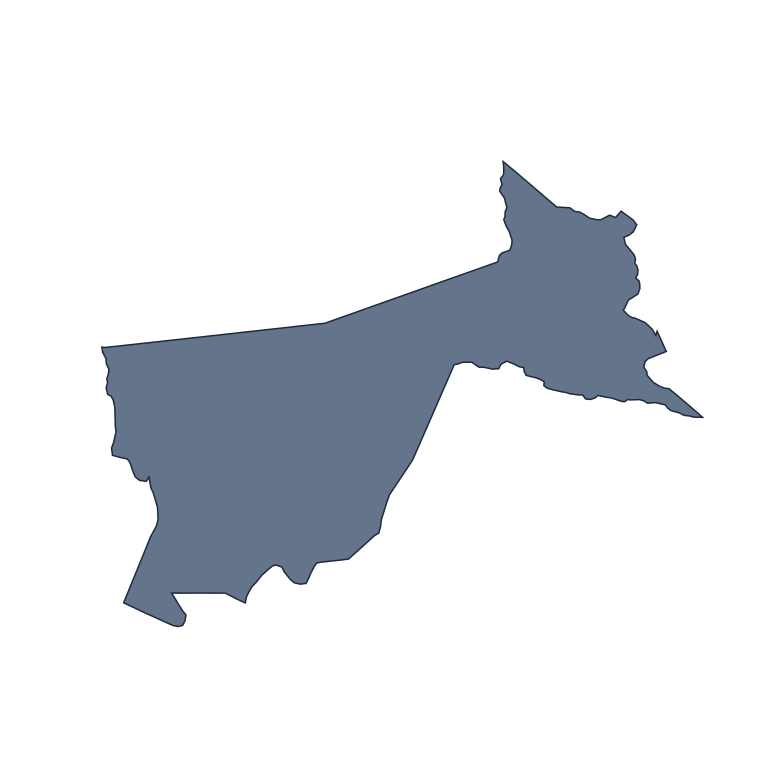 outline of Pedra, Pernambuco, Brazil, rotated 77°
{"feature_id": "56859067B75166120123114", "entity_name": "Pedra", "entity_type": "district", "adm_level": 2, "iso_a3": "BRA", "parent_name": "Brazil", "parent_adm1": "Pernambuco", "projection": "mercator", "projection_center": [-36.895, -8.673], "detail": "fine", "context": "isolated", "style": "filled", "palette": "slate", "viewbox_px": 768, "rotation_deg": 77, "n_neighbors": 0, "source": "geoboundaries", "source_scale": "gbopen_adm2", "svg_char_len": 2911}
<svg xmlns="http://www.w3.org/2000/svg" viewBox="0 0 768 768"><g transform="rotate(77 384 384)"><path d="M425.4,637.5L421.8,634.0L432.9,634.5L437.5,633.4L443.3,633.0L447.9,632.7L453.2,632.5L460.2,633.6L465.6,634.8L471.4,637.9L480.9,646.3L487.9,651.1L538.6,686.9L552.7,669.1L571.7,644.2L574.0,639.2L574.0,634.5L570.0,631.2L564.5,628.9L560.8,630.8L553.6,633.4L540.0,637.9L543.8,621.3L546.2,610.8L552.1,585.6L560.7,575.5L566.1,568.4L560.4,565.8L556.9,563.0L551.9,558.4L548.6,553.3L545.5,549.4L542.7,545.8L538.7,538.6L536.1,533.4L536.2,529.8L539.4,524.7L544.6,523.5L553.6,519.1L557.4,516.3L560.2,510.7L560.8,504.8L555.8,500.7L551.9,497.9L545.4,492.3L543.3,489.5L543.5,485.0L546.0,464.1L546.6,457.9L544.3,453.8L529.6,427.3L528.1,422.6L521.8,419.3L515.4,417.0L509.5,413.5L499.6,407.7L493.1,403.5L487.8,397.9L464.5,373.2L429.5,347.2L380.9,311.2L381.2,307.7L380.5,303.0L381.3,299.1L382.6,293.5L388.9,287.8L390.1,283.1L394.0,274.7L394.9,268.7L391.1,265.7L389.4,259.1L393.7,253.0L397.5,248.5L399.5,244.2L403.4,244.6L407.5,243.6L409.3,240.3L411.5,235.7L414.9,230.4L418.0,227.4L421.5,228.6L424.8,226.0L428.0,220.0L431.4,213.0L433.1,208.8L435.4,204.9L436.8,201.2L438.3,197.3L439.4,192.9L444.0,190.9L445.5,186.2L445.1,181.6L443.3,178.2L445.1,174.3L447.5,168.9L448.8,165.4L451.5,161.1L454.3,156.7L455.4,153.4L454.0,150.2L455.1,146.8L455.8,143.0L456.7,138.5L458.9,134.5L462.0,131.6L463.2,123.7L467.6,114.6L471.4,112.9L474.4,110.5L478.5,102.9L482.2,98.4L483.8,93.6L485.9,89.8L487.1,85.3L488.1,81.1L476.3,89.6L466.7,96.7L452.7,107.3L451.0,111.9L447.7,116.5L442.9,121.3L434.8,125.6L431.1,125.2L425.9,127.1L420.8,124.4L418.7,120.7L415.8,101.6L394.0,106.0L397.8,108.2L391.4,110.1L385.8,113.7L382.6,116.1L380.4,119.1L376.6,124.2L374.8,127.6L372.5,130.3L366.1,134.2L361.9,130.6L357.3,127.1L353.4,116.3L348.8,113.3L344.7,112.4L341.2,112.2L337.3,114.9L334.4,112.3L330.3,110.9L325.7,111.1L322.6,112.5L319.5,110.9L314.5,111.2L308.1,114.3L302.3,117.3L295.1,117.3L294.0,111.6L291.8,106.8L285.7,101.9L280.2,104.4L268.9,114.1L271.3,117.4L273.9,121.0L270.2,126.2L271.1,129.5L272.8,136.2L271.7,139.8L268.6,146.5L264.3,150.4L260.3,154.9L259.0,159.0L254.1,163.3L251.6,171.9L250.3,176.0L209.7,206.0L194.0,217.9L198.6,218.4L203.5,219.4L207.1,220.5L210.1,224.3L216.2,224.2L218.9,226.6L222.2,227.9L226.3,226.3L230.3,224.7L234.8,224.8L239.6,224.5L243.6,227.3L248.0,228.4L250.8,230.3L255.2,229.8L259.5,229.0L263.3,227.7L268.9,227.3L272.5,226.9L276.3,227.9L281.8,231.1L282.4,235.1L282.8,239.4L284.8,242.7L290.7,245.9L292.0,257.7L297.6,306.9L311.5,427.8L296.8,553.4L285.7,647.2L284.6,650.6L289.9,651.0L296.8,649.2L301.9,650.0L307.6,648.7L312.9,650.6L316.7,653.0L320.6,653.0L325.2,655.6L332.0,655.6L334.4,652.7L338.6,651.5L346.0,651.5L364.8,655.3L370.4,655.9L375.9,658.6L380.2,660.7L385.2,663.9L392.4,664.6L395.7,658.6L399.3,651.0L403.2,649.2L413.7,648.2L418.7,647.2L422.9,643.9L425.4,637.5Z" fill="#64748b" stroke="#1e293b" stroke-width="1.5"/></g></svg>